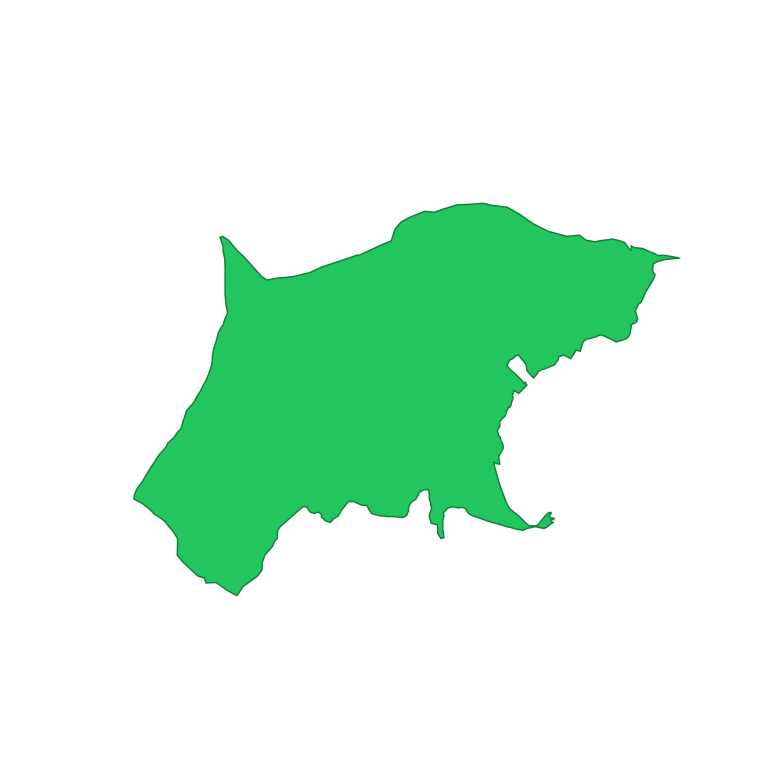 Musoma Urban, Mara, United Republic of Tanzania, rotated 122°
{"feature_id": "72390352B68648514157418", "entity_name": "Musoma Urban", "entity_type": "district", "adm_level": 2, "iso_a3": "TZA", "parent_name": "United Republic of Tanzania", "parent_adm1": "Mara", "projection": "mercator", "projection_center": [33.795, -1.521], "detail": "fine", "context": "isolated", "style": "filled", "palette": "green", "viewbox_px": 768, "rotation_deg": 122, "n_neighbors": 0, "source": "geoboundaries", "source_scale": "gbopen_adm2", "svg_char_len": 5751}
<svg xmlns="http://www.w3.org/2000/svg" viewBox="0 0 768 768"><g transform="rotate(122 384 384)"><path d="M647.0,429.5L641.3,421.1L641.5,417.3L642.1,407.8L641.5,396.8L639.4,396.4L630.1,396.1L621.8,392.7L613.5,389.4L606.3,389.0L604.8,389.8L601.8,391.5L599.8,392.7L592.2,394.3L580.8,392.5L576.4,393.4L571.4,392.8L565.1,396.4L562.5,396.5L560.3,396.5L530.9,387.7L530.7,387.6L529.3,384.1L531.7,379.3L530.9,374.6L528.4,372.9L527.4,371.3L527.8,367.9L529.9,366.7L531.1,361.1L530.6,359.2L529.7,355.9L524.7,355.4L520.8,353.1L517.0,352.9L513.3,353.2L509.2,352.7L502.7,351.9L499.8,347.4L499.2,343.6L499.0,342.4L498.6,338.9L496.1,334.3L497.6,331.6L498.8,329.5L500.5,325.8L498.6,319.9L498.0,317.9L494.0,309.8L490.9,304.8L487.6,297.7L486.0,296.5L483.5,295.2L478.5,295.9L477.7,296.7L474.2,298.2L470.0,298.2L465.1,296.1L462.0,296.1L461.5,296.1L456.4,296.3L452.4,294.0L450.2,290.5L450.2,290.4L451.6,288.6L452.3,288.1L455.3,286.1L455.5,285.9L458.2,284.2L459.7,281.7L462.4,279.8L463.5,278.1L466.7,277.1L470.8,276.3L472.7,275.0L475.0,272.5L477.0,270.4L476.4,267.9L476.2,267.3L475.0,264.0L477.9,261.9L482.0,259.6L484.9,254.0L482.6,251.7L480.4,253.6L478.1,255.2L476.0,257.3L472.5,259.4L468.4,261.9L464.2,263.2L462.2,265.2L458.2,264.8L455.9,264.4L454.3,263.1L452.0,261.3L451.0,259.0L449.9,255.6L448.3,253.9L446.8,251.3L446.7,250.3L446.4,247.9L447.0,247.7L448.2,246.0L449.0,243.0L448.8,239.3L448.2,236.8L447.2,232.3L446.5,229.0L445.4,224.1L444.2,219.5L440.7,207.7L439.7,203.5L438.6,200.7L437.6,197.2L436.4,193.5L434.5,188.7L430.4,186.0L427.7,183.0L425.5,181.0L424.1,178.5L423.3,175.9L422.1,172.4L420.3,170.7L417.5,169.4L415.5,169.0L413.7,168.0L411.8,167.2L411.9,168.2L412.0,169.3L410.5,170.3L409.5,169.9L409.4,168.4L408.6,168.3L407.7,168.7L408.2,169.6L409.2,171.1L409.0,172.7L407.6,174.0L405.1,173.8L404.5,174.2L405.5,175.9L409.2,177.2L417.0,178.2L421.4,178.6L423.3,179.4L424.5,181.1L425.3,182.4L426.7,184.9L427.3,186.5L426.8,189.8L424.4,200.5L423.1,211.7L419.4,217.9L407.2,233.6L393.5,248.6L392.3,249.4L392.0,247.7L391.5,245.3L390.7,243.5L389.3,244.3L386.5,247.1L384.3,248.5L379.9,248.5L375.1,248.9L373.2,250.4L371.4,252.2L370.3,254.5L367.7,257.1L366.3,260.0L363.7,263.0L361.3,263.4L358.8,263.3L357.4,264.1L355.7,265.2L354.4,265.8L352.1,265.5L350.9,265.5L348.6,264.9L347.2,264.3L345.3,264.7L342.7,265.5L339.2,265.8L337.8,266.4L337.5,265.1L335.7,264.8L332.0,266.0L327.6,267.1L325.4,269.3L323.6,269.3L321.8,269.9L320.6,270.4L320.6,264.8L309.3,262.2L307.6,265.2L309.1,265.9L308.0,268.9L306.9,273.2L305.8,278.3L304.7,285.6L302.9,289.7L300.2,289.8L298.7,289.9L297.5,290.0L297.3,290.2L294.7,288.5L291.4,287.3L289.8,287.1L288.4,285.1L288.2,284.8L290.2,280.1L290.4,278.0L291.0,277.0L291.6,275.2L292.4,273.7L294.7,271.5L296.9,269.8L298.5,264.7L299.7,260.5L296.0,259.7L291.7,259.7L288.1,257.9L286.6,256.1L281.9,252.8L279.0,250.6L277.2,249.5L271.0,249.2L268.1,250.3L267.3,249.5L264.1,246.6L263.8,242.2L263.4,239.0L256.9,239.0L253.6,239.0L253.5,238.7L252.2,234.9L248.9,236.0L242.4,237.5L238.8,236.0L238.5,235.8L235.1,232.4L231.9,229.5L229.6,227.9L227.6,226.5L226.5,222.5L226.1,218.8L225.4,212.3L225.4,209.4L220.7,205.3L217.1,202.4L213.1,201.7L209.8,202.4L208.4,203.2L206.2,203.9L202.6,205.7L197.9,202.8L194.2,203.5L191.3,206.8L189.5,209.0L187.0,210.1L184.1,210.1L181.6,210.5L179.7,209.7L179.7,209.8L179.7,209.7L179.0,209.4L177.2,209.4L171.7,210.2L167.7,210.9L162.3,210.9L156.9,210.9L150.7,211.3L147.8,212.0L145.6,216.4L139.5,219.3L135.5,217.1L130.4,212.7L121.0,200.7L121.0,201.4L126.4,214.6L130.0,220.0L130.0,224.0L131.1,228.8L131.9,236.1L134.0,240.5L135.8,244.1L135.8,247.4L138.2,246.3L139.8,245.6L139.5,247.8L139.0,248.8L138.3,250.6L136.6,254.8L137.3,258.0L137.8,260.9L140.1,267.1L146.7,275.1L151.8,280.8L152.5,282.6L152.6,282.9L152.9,283.6L153.2,284.4L153.5,285.0L154.9,288.7L154.5,294.6L154.5,295.1L154.3,297.3L155.0,298.1L156.3,299.9L161.9,307.1L164.4,315.3L167.5,325.5L168.6,337.1L168.6,337.4L168.8,338.6L169.0,341.3L169.1,342.6L168.7,349.8L168.4,355.5L168.2,358.5L168.8,373.1L173.0,382.2L176.9,390.6L176.6,391.1L177.8,394.4L178.1,395.1L178.3,395.6L179.2,397.1L184.9,404.6L193.4,417.0L202.7,425.1L205.3,427.2L211.6,432.3L216.3,441.3L229.9,451.1L237.4,455.2L237.7,455.3L237.9,455.4L246.8,456.7L253.6,455.0L258.7,453.7L258.8,453.7L265.7,458.6L271.0,462.2L288.0,473.3L288.4,473.8L289.1,474.6L288.9,475.1L290.8,476.6L291.0,476.8L291.8,477.5L292.8,478.1L318.6,499.4L319.6,499.9L319.8,499.9L329.1,506.2L333.7,510.7L334.0,511.0L335.9,512.8L342.0,518.9L343.8,521.3L350.1,529.8L357.6,538.0L357.8,538.2L357.8,538.6L357.8,540.3L357.8,542.8L357.8,544.4L353.3,560.0L350.6,569.7L350.4,570.3L348.7,579.0L348.6,579.4L346.8,584.9L344.5,591.9L344.3,599.0L346.2,600.6L346.5,600.8L348.9,597.8L349.5,597.1L352.5,593.4L356.6,590.7L356.9,590.5L362.3,585.3L371.0,579.4L372.4,578.6L376.3,576.2L392.6,566.0L396.2,563.2L400.6,559.8L401.1,559.3L406.9,554.1L412.0,553.5L413.6,553.3L416.3,552.6L419.6,551.7L421.2,551.9L423.0,552.1L427.7,551.7L428.1,551.7L433.7,549.9L436.7,549.0L439.0,548.4L444.4,547.0L449.1,545.2L450.6,544.6L455.9,541.6L460.1,540.0L460.9,539.7L467.3,538.2L468.5,537.9L477.1,536.7L480.5,536.7L487.5,535.9L493.0,536.0L494.4,536.1L497.6,535.7L499.7,535.5L511.3,537.3L516.4,535.9L518.0,535.5L518.7,535.3L521.1,534.9L525.8,533.5L528.1,532.9L529.9,532.5L531.5,532.9L534.3,533.5L541.3,533.9L548.2,535.9L553.3,535.5L563.5,537.2L576.3,537.4L578.5,537.5L586.3,537.5L594.7,537.2L603.6,537.9L609.3,537.2L613.7,535.4L614.0,535.2L613.5,526.6L613.4,525.7L614.3,516.9L616.1,509.3L616.0,508.3L615.9,506.0L616.0,505.2L616.5,497.4L618.9,490.9L621.0,484.2L621.1,483.6L621.2,483.4L624.1,477.9L624.5,477.2L631.5,472.8L631.8,472.6L638.7,468.6L640.5,463.4L641.6,460.1L643.7,449.6L643.9,448.3L645.2,441.6L645.4,440.4L645.0,438.4L643.8,433.5L647.0,429.5Z" fill="#22c55e" stroke="#15803d" stroke-width="1.5"/></g></svg>